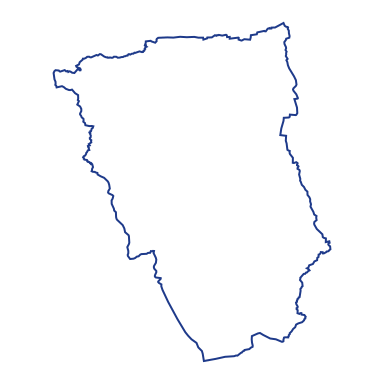 the district of Lam Thap, Nakhon Si Thammarat, Thailand
{"feature_id": "78962969B74032961244175", "entity_name": "Lam Thap", "entity_type": "district", "adm_level": 2, "iso_a3": "THA", "parent_name": "Thailand", "parent_adm1": "Nakhon Si Thammarat", "projection": "orthographic", "projection_center": [99.32, 8.036], "detail": "fine", "context": "isolated", "style": "outline", "palette": "blue", "viewbox_px": 384, "rotation_deg": 0, "n_neighbors": 0, "source": "geoboundaries", "source_scale": "gbopen_adm2", "svg_char_len": 5822}
<svg xmlns="http://www.w3.org/2000/svg" viewBox="0 0 384 384"><path d="M294.0,76.3L289.2,68.4L287.9,65.2L287.3,62.0L286.4,60.2L287.6,58.9L285.8,56.0L286.2,54.5L286.1,53.0L286.6,51.7L285.5,50.0L286.1,48.3L286.0,47.2L284.5,44.0L284.3,42.1L285.8,40.1L286.2,38.7L289.3,37.7L289.6,36.1L288.9,33.2L288.8,30.6L287.7,28.8L288.1,27.6L287.7,27.0L286.2,26.8L284.7,25.8L283.5,23.0L275.1,27.5L271.6,27.6L271.4,28.5L269.6,28.6L269.5,28.1L267.7,28.7L265.8,31.3L264.9,31.3L264.3,30.9L257.3,32.4L256.8,34.3L250.9,35.2L250.7,37.5L250.1,39.7L244.3,39.2L241.8,40.5L241.2,40.5L238.6,39.6L238.7,37.8L238.4,37.6L229.7,38.7L229.7,36.9L227.1,37.1L226.8,35.3L226.0,34.8L222.2,35.6L218.8,34.9L217.8,35.4L217.1,35.1L216.2,35.8L215.0,35.2L211.8,37.4L207.3,37.5L207.1,38.4L203.4,39.6L203.1,37.7L198.6,37.7L194.3,36.9L186.8,37.2L180.1,36.8L173.4,37.6L167.4,37.4L158.2,37.8L156.8,38.9L156.5,39.7L156.6,41.2L155.2,42.7L151.4,41.4L150.7,40.8L145.8,41.4L145.7,43.0L144.8,45.5L145.1,45.8L145.5,45.2L145.9,45.2L146.0,46.2L146.6,46.7L145.9,47.0L145.1,48.0L144.7,48.7L145.1,49.1L144.5,49.8L144.4,50.6L143.8,51.1L143.4,51.0L143.0,52.0L142.0,52.1L139.5,51.4L135.2,52.9L134.4,52.7L133.4,53.7L131.9,53.7L130.2,54.6L129.0,54.1L128.2,54.5L127.6,55.6L126.5,55.6L125.4,56.2L124.2,56.3L123.0,57.0L121.3,57.1L119.8,57.6L117.7,57.7L116.4,56.8L114.0,56.7L112.7,57.7L111.7,57.8L110.4,57.5L109.8,57.7L109.4,57.5L108.0,57.8L107.5,57.3L106.4,57.4L104.3,56.6L101.0,54.3L99.8,54.1L97.9,55.5L96.5,55.0L91.3,57.3L90.2,57.3L89.1,56.7L87.2,56.8L85.9,57.9L84.2,58.7L82.9,58.7L82.6,59.7L79.7,62.2L79.0,64.4L76.1,65.9L76.5,66.8L77.3,67.3L80.1,68.4L80.7,69.5L80.5,70.3L79.8,70.4L78.6,69.4L77.5,69.4L74.4,73.0L72.1,72.7L70.5,71.6L69.3,71.3L68.2,72.0L67.6,71.0L66.2,71.4L64.7,70.1L60.2,71.6L59.6,71.4L58.8,70.5L55.5,70.2L54.4,71.2L53.6,73.0L54.5,79.4L55.5,81.7L55.6,83.7L55.3,84.9L56.2,85.7L56.6,87.4L62.0,86.2L63.8,87.1L65.8,88.8L68.9,90.0L70.3,90.1L72.0,89.6L75.1,93.2L78.1,95.1L78.2,98.7L77.8,100.0L78.9,101.1L77.3,104.6L80.1,106.5L81.3,108.9L81.3,111.1L80.1,113.5L80.1,114.5L81.1,115.8L81.7,117.4L83.4,118.7L83.6,120.2L83.3,121.7L85.0,123.1L85.4,125.2L89.4,126.1L91.9,126.0L93.3,126.3L92.7,128.0L91.7,128.6L91.1,131.0L90.2,131.3L90.3,133.0L89.6,132.9L90.8,135.6L90.6,137.3L89.8,138.0L89.9,139.0L91.3,140.2L91.0,140.9L91.3,142.4L88.8,144.1L89.7,145.4L87.9,146.0L88.1,147.0L88.8,147.6L88.7,148.1L89.3,150.0L87.8,150.4L87.0,152.1L86.3,152.8L86.1,153.9L85.2,155.5L83.7,156.3L83.1,157.3L83.9,158.1L83.8,158.8L84.2,159.0L84.4,159.6L87.0,160.0L87.7,161.1L87.4,161.5L88.1,162.0L89.5,162.1L89.9,163.1L90.8,163.0L90.9,163.5L91.3,163.2L91.7,163.6L91.5,164.3L92.3,164.5L93.0,167.1L92.1,168.9L92.0,170.1L91.6,171.2L92.9,171.8L94.9,171.9L95.4,172.4L97.4,172.9L97.6,174.5L100.7,176.3L104.1,177.8L107.8,181.4L108.5,182.6L109.2,184.8L109.8,188.6L108.3,191.1L108.1,192.6L108.8,193.4L112.5,195.1L113.3,196.0L112.6,198.7L111.6,200.4L111.7,203.9L113.9,208.7L114.2,210.6L115.9,212.2L116.1,217.1L116.5,218.8L117.1,219.8L122.7,225.1L124.3,228.4L125.1,232.2L128.5,235.1L128.9,236.1L129.3,242.7L128.9,244.1L127.3,247.1L128.3,250.9L128.3,253.3L127.7,254.9L127.9,256.0L130.1,259.0L133.4,258.7L135.0,258.1L136.9,256.6L138.6,256.3L140.3,254.6L141.4,254.1L146.7,253.8L148.0,252.9L150.1,252.8L150.9,251.1L152.2,251.3L152.9,250.9L154.0,251.0L153.6,253.1L155.8,257.7L156.3,259.6L155.9,262.8L154.1,265.8L153.8,267.0L154.2,268.6L156.3,271.0L156.3,272.3L154.9,275.4L154.9,276.6L155.9,277.5L160.7,278.1L160.7,278.8L158.2,281.5L158.2,282.1L159.0,283.0L161.4,284.4L161.3,286.3L162.5,289.9L168.2,302.0L177.5,319.2L185.3,332.2L188.1,335.7L191.5,339.3L196.5,342.9L198.3,347.4L201.9,351.0L202.7,353.7L203.9,361.0L215.6,358.9L225.1,356.8L234.1,356.2L236.1,355.5L237.5,355.6L241.0,352.8L241.9,352.5L242.6,351.5L244.3,350.7L244.5,350.0L249.3,349.1L250.8,347.7L252.6,346.8L252.7,345.5L252.0,342.6L251.7,339.4L251.9,336.1L258.0,333.4L260.0,333.0L263.1,334.9L270.2,338.5L275.9,339.3L281.9,341.8L282.8,341.7L283.5,341.1L283.4,340.0L284.0,337.6L285.0,337.3L288.2,337.4L288.2,336.7L288.8,336.1L288.8,335.1L289.8,334.1L289.7,333.2L291.6,331.4L293.1,329.0L295.2,327.2L296.1,324.6L298.3,323.4L302.1,322.2L304.1,320.3L304.3,319.2L305.3,318.5L305.2,317.6L305.7,316.8L304.4,315.0L301.6,314.6L301.4,313.1L300.3,313.1L299.4,313.9L297.5,313.2L297.7,310.2L296.6,309.2L296.6,308.1L297.5,307.7L297.7,306.6L296.3,304.1L296.0,302.5L297.0,301.8L296.9,300.4L297.5,299.8L297.5,299.0L298.4,298.5L298.6,297.5L299.6,297.1L300.6,290.8L300.4,289.0L301.6,287.5L301.8,286.7L302.6,286.1L302.2,282.6L300.0,280.0L300.4,278.6L300.3,277.8L303.7,273.9L305.1,273.8L306.0,272.6L306.9,272.5L308.3,271.0L309.5,270.4L308.8,269.4L307.0,268.3L308.3,267.7L309.2,265.3L312.9,264.0L314.4,261.4L317.1,260.2L317.3,257.8L318.5,257.0L318.6,254.6L319.4,254.4L320.1,253.7L320.7,252.8L320.8,252.1L322.7,252.2L322.9,253.4L323.8,253.4L326.1,252.2L326.6,251.5L327.9,251.4L328.7,251.0L328.9,250.5L330.4,249.3L330.1,246.3L328.8,245.3L328.3,244.5L328.5,243.3L329.6,242.8L329.3,241.3L325.8,242.1L325.9,238.4L323.7,237.8L322.8,237.1L322.4,234.3L316.8,229.0L314.3,224.6L314.1,223.3L314.4,221.9L316.6,220.1L316.2,217.8L316.5,216.0L314.2,214.5L313.4,211.9L310.5,206.7L311.0,204.2L310.1,201.4L310.2,199.2L309.4,197.3L307.5,194.9L307.4,191.6L305.4,189.8L304.0,187.0L301.8,184.8L300.7,181.6L300.1,180.7L300.3,178.9L299.1,174.5L299.8,171.0L299.3,169.8L297.5,168.8L297.6,167.8L298.5,166.6L298.3,166.0L297.0,165.3L297.0,164.6L297.6,163.6L297.5,163.0L296.2,162.2L293.9,163.0L292.8,162.8L292.9,157.8L290.0,154.1L289.6,153.0L289.7,150.9L288.6,150.6L287.4,149.8L286.6,143.4L285.8,140.8L286.1,135.8L280.3,135.1L281.3,128.5L283.5,120.9L283.8,117.8L288.9,117.5L289.7,116.8L289.9,114.6L295.8,115.1L296.3,114.8L297.3,113.1L297.0,107.6L294.4,99.1L297.6,98.6L297.9,98.1L296.3,94.3L293.5,90.8L293.0,89.5L293.4,88.4L295.9,85.9L296.5,84.6L295.9,80.2L294.0,76.3Z" fill="none" stroke="#1e3a8a" stroke-width="2"/></svg>